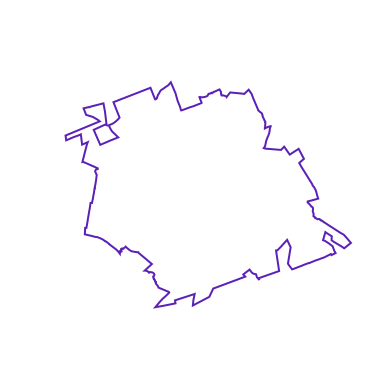 San Felipe del Progreso, México, Mexico (Mercator projection), rotated 148°
{"feature_id": "50627088B26208541909776", "entity_name": "San Felipe del Progreso", "entity_type": "district", "adm_level": 2, "iso_a3": "MEX", "parent_name": "Mexico", "parent_adm1": "México", "projection": "mercator", "projection_center": [-99.99, 19.649], "detail": "fine", "context": "isolated", "style": "outline", "palette": "violet", "viewbox_px": 384, "rotation_deg": 148, "n_neighbors": 0, "source": "geoboundaries", "source_scale": "gbopen_adm2", "svg_char_len": 5691}
<svg xmlns="http://www.w3.org/2000/svg" viewBox="0 0 384 384"><g transform="rotate(148 192 192)"><path d="M269.3,306.9L271.3,302.5L268.9,302.1L262.9,301.2L261.7,300.9L258.4,300.2L256.8,299.9L255.7,299.8L260.1,290.4L254.0,289.5L255.8,288.1L260.9,283.3L262.4,281.9L269.0,275.5L268.4,275.3L259.4,262.1L259.8,261.4L261.0,261.9L261.9,261.8L263.2,260.9L263.8,256.9L265.7,254.6L266.1,254.0L270.1,249.4L271.9,247.7L271.9,247.1L272.1,246.7L272.4,246.5L272.6,246.3L273.0,246.4L275.4,243.5L277.4,241.3L278.3,240.4L278.9,239.7L279.7,238.7L280.9,237.6L282.6,235.7L283.8,236.5L286.1,233.9L287.2,232.5L289.7,229.8L291.7,227.5L293.6,225.4L297.4,221.0L299.7,218.5L300.6,217.5L301.6,218.2L305.3,212.9L302.7,210.2L300.4,208.0L299.3,206.8L298.4,205.7L297.2,204.7L296.2,203.9L295.7,203.3L293.2,199.7L292.6,198.6L291.8,196.4L291.6,196.4L290.6,194.2L289.8,191.8L289.9,191.7L287.2,184.6L286.6,182.8L286.1,180.2L285.9,177.9L285.2,178.9L284.8,178.7L283.7,179.2L283.2,179.0L283.1,179.3L283.5,179.6L284.2,179.6L284.4,179.7L284.5,180.1L284.2,180.2L283.8,180.2L283.6,180.0L283.1,180.1L282.6,180.3L282.6,180.6L282.6,180.9L282.4,181.2L281.6,181.3L281.1,181.0L280.9,180.5L280.3,180.2L279.7,180.6L279.2,180.5L278.2,180.6L277.2,180.8L277.2,180.3L275.7,175.8L275.3,174.9L274.3,173.4L272.6,171.9L270.8,170.3L269.7,169.6L269.8,169.5L264.2,152.2L273.8,150.4L273.2,150.0L272.4,149.2L271.8,148.4L271.5,147.9L271.4,147.6L271.3,147.2L271.4,146.9L271.3,146.5L271.2,146.3L270.3,146.5L270.0,146.4L268.9,145.4L268.2,144.7L267.8,144.1L267.5,142.8L267.6,142.0L267.8,141.7L268.1,141.4L268.6,141.0L269.0,140.9L269.4,140.9L269.4,141.0L269.6,141.0L270.0,140.5L270.1,140.3L270.2,139.8L270.3,139.2L270.2,138.9L270.3,138.7L270.1,138.7L270.2,137.7L270.1,137.3L270.5,136.4L270.7,135.9L270.7,135.7L270.7,135.4L270.3,135.2L270.2,135.0L270.2,134.7L271.2,133.6L271.2,133.2L270.8,131.0L270.9,130.9L270.8,129.6L270.9,129.4L271.1,128.7L264.5,119.4L264.5,118.9L264.7,118.7L269.2,117.7L273.5,117.0L278.2,115.7L284.1,113.7L275.6,110.3L265.0,106.3L263.8,109.1L243.8,104.1L248.0,99.7L251.4,95.3L232.9,93.9L225.1,98.9L224.0,98.6L191.7,92.0L192.2,94.9L184.3,95.7L184.0,92.1L183.3,90.3L181.3,88.3L182.1,85.3L181.5,81.7L180.9,83.5L160.0,78.8L151.7,97.9L150.5,97.3L146.2,98.3L136.7,101.0L137.6,92.9L148.6,80.4L148.6,79.0L148.1,73.3L147.0,73.0L146.1,72.9L144.7,72.6L136.9,71.1L135.5,70.9L130.6,69.9L130.3,69.6L128.8,69.4L124.0,68.5L123.6,68.5L120.4,67.7L119.7,67.5L118.2,67.3L115.9,66.8L115.8,66.7L115.6,66.7L115.3,66.6L114.8,66.5L107.1,65.8L107.2,64.6L102.6,64.1L102.5,66.7L101.5,71.5L103.3,76.2L105.0,79.8L105.3,80.3L106.4,81.7L100.1,87.3L99.7,86.2L96.9,80.3L98.5,78.2L99.2,77.0L97.9,74.1L93.8,66.1L92.8,63.6L84.2,64.6L85.1,70.7L85.9,75.3L87.9,79.0L94.1,92.2L96.0,96.4L96.3,96.6L96.5,97.7L96.7,98.1L97.0,98.8L97.3,98.9L97.4,99.0L97.6,99.2L97.7,99.6L97.8,99.8L97.7,99.9L97.6,100.0L97.6,100.3L97.8,100.4L98.0,100.3L98.1,100.5L98.1,100.9L98.2,101.5L98.5,101.8L99.0,101.9L99.2,102.1L100.0,102.4L100.8,104.3L101.3,104.5L101.1,105.6L101.5,106.0L101.5,106.5L101.8,107.2L101.3,107.8L101.1,108.1L101.0,108.3L100.7,108.5L100.3,109.3L100.2,110.1L100.1,110.9L100.0,111.3L99.8,111.6L99.5,111.9L99.4,112.3L98.8,112.9L98.5,113.2L98.3,113.5L98.2,113.9L97.8,114.6L97.8,114.9L98.1,115.5L98.2,116.1L98.5,116.4L98.5,117.0L98.5,117.4L98.5,117.6L98.7,118.5L98.7,119.0L98.9,119.6L98.9,119.9L99.0,120.2L99.1,120.7L99.4,121.5L99.4,122.1L99.2,122.3L98.9,122.7L96.5,121.9L93.9,121.1L88.5,119.5L87.3,124.0L86.7,125.8L86.4,126.9L86.1,128.1L86.0,129.4L85.9,131.8L86.3,133.4L85.9,134.9L85.9,155.1L85.7,159.8L79.5,160.8L78.7,172.1L89.3,171.9L89.8,181.6L94.2,180.5L106.8,189.9L107.9,191.2L107.5,191.4L107.2,191.5L106.7,191.7L105.8,192.1L104.8,193.1L102.2,195.8L101.3,196.6L98.6,198.6L97.3,199.4L96.3,200.3L95.3,201.0L95.0,201.3L92.2,204.7L91.3,205.4L90.9,205.7L90.4,206.1L90.5,206.2L93.4,207.0L93.9,207.0L94.5,207.1L94.9,207.1L95.6,207.3L96.5,207.3L95.9,208.2L95.4,208.5L94.6,209.8L93.7,210.9L93.2,211.5L93.2,212.3L92.9,212.5L92.5,212.9L92.6,213.7L92.6,214.4L92.6,214.7L92.5,214.8L92.3,216.1L92.2,217.7L92.2,218.4L91.6,219.3L91.5,219.6L91.6,219.9L91.2,220.9L91.1,221.7L91.5,222.9L92.1,224.5L92.3,225.5L92.5,225.8L92.5,226.3L92.3,226.9L92.2,227.7L90.5,238.6L89.5,243.4L89.7,248.7L92.3,248.2L95.8,247.5L97.0,248.6L98.0,249.4L106.9,256.2L111.2,254.6L112.3,254.2L112.2,254.7L112.4,255.2L114.6,257.7L115.2,258.1L115.5,258.0L115.6,258.3L115.7,259.0L115.4,259.7L115.3,259.8L115.0,260.5L114.6,261.3L114.4,261.6L114.3,264.4L117.9,264.9L118.8,265.0L119.8,265.1L120.0,265.3L120.6,265.5L120.9,265.3L121.3,265.2L122.0,265.2L122.3,265.3L122.3,265.5L122.5,265.6L122.8,265.3L123.0,265.5L122.9,265.7L122.9,265.8L123.5,265.9L123.8,265.9L124.2,265.8L124.5,265.8L124.7,266.0L125.0,266.0L125.3,266.1L125.6,266.4L126.1,266.4L126.4,266.3L126.7,266.1L127.6,265.4L127.9,265.3L128.5,265.4L129.0,265.4L129.9,265.6L130.6,265.8L132.7,266.6L134.0,267.5L134.5,268.0L135.4,268.6L135.5,268.5L135.5,268.3L135.6,267.4L135.9,266.3L136.0,265.6L136.4,263.0L136.8,262.4L145.8,264.1L149.1,265.0L153.2,265.8L157.4,266.7L158.0,267.0L156.9,271.0L155.9,276.9L153.7,284.3L151.8,296.3L155.2,295.2L157.0,295.0L157.6,295.1L161.5,294.8L162.3,294.8L164.2,294.8L165.2,294.5L166.2,294.0L166.7,293.7L168.0,292.9L168.5,292.7L169.4,292.4L170.7,291.3L171.6,290.7L172.0,290.2L173.1,289.9L173.5,289.8L174.2,290.1L172.0,302.4L211.0,309.8L214.0,293.5L216.3,292.8L218.8,292.3L221.7,292.0L222.9,292.0L223.8,292.1L225.5,292.4L227.3,292.7L227.6,289.5L227.7,287.1L227.7,285.8L225.6,277.4L234.3,279.0L237.8,279.5L244.8,280.6L243.7,288.1L242.4,296.8L230.0,295.2L229.0,293.9L223.2,306.3L220.1,314.1L232.6,318.1L234.0,318.1L234.7,318.8L239.6,320.4L240.9,313.5L236.3,308.2L233.7,303.3L232.8,300.8L269.3,306.9Z" fill="none" stroke="#5b21b6" stroke-width="2"/></g></svg>